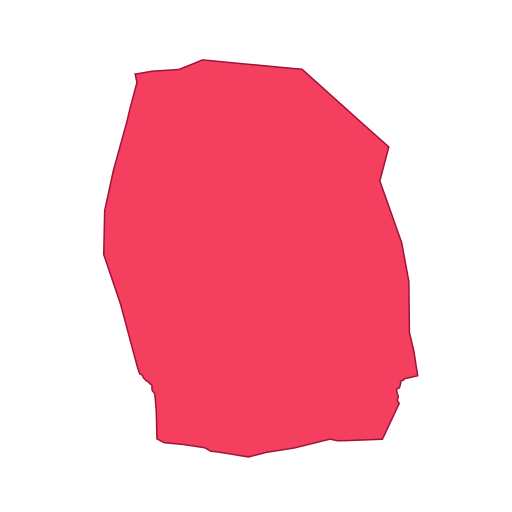 the district of Noyon, Ömnögovi, Mongolia, rotated 170°
{"feature_id": "93677404B12923912473821", "entity_name": "Noyon", "entity_type": "district", "adm_level": 2, "iso_a3": "MNG", "parent_name": "Mongolia", "parent_adm1": "Ömnögovi", "projection": "natural_earth1", "projection_center": [102.365, 42.761], "detail": "fine", "context": "isolated", "style": "filled", "palette": "rose", "viewbox_px": 512, "rotation_deg": 170, "n_neighbors": 0, "source": "geoboundaries", "source_scale": "gbopen_adm2", "svg_char_len": 1936}
<svg xmlns="http://www.w3.org/2000/svg" viewBox="0 0 512 512"><g transform="rotate(170 256 256)"><path d="M385.3,93.1L378.8,88.1L360.4,83.0L339.9,76.1L334.5,71.6L328.1,69.8L298.4,59.4L280.4,60.8L251.7,60.3L214.7,62.8L208.2,60.0L199.2,58.5L163.3,53.6L140.6,85.9L140.6,86.3L141.0,86.9L141.3,87.5L141.5,88.1L141.6,88.6L141.6,89.2L141.6,89.9L141.3,90.7L141.0,91.2L140.6,91.8L140.5,92.1L140.4,92.4L140.3,93.0L140.4,94.0L140.5,94.7L140.7,95.7L140.8,96.7L140.9,98.0L140.8,99.2L140.7,99.9L140.4,100.4L139.9,100.7L139.2,101.0L138.5,101.1L138.1,101.1L137.7,101.2L137.6,101.5L137.0,102.5L136.5,103.6L136.2,104.2L136.0,104.6L135.7,105.0L135.6,105.3L135.7,105.9L135.7,106.3L135.7,106.6L135.6,106.9L135.2,107.1L134.8,107.4L134.5,107.7L134.4,107.9L134.2,108.1L133.9,108.0L133.0,108.0L132.6,108.1L132.2,108.3L131.8,108.6L131.2,109.3L117.5,110.0L117.4,119.1L117.0,134.3L118.2,154.1L109.9,204.1L110.2,243.6L121.0,308.4L106.3,340.3L115.7,352.2L127.9,367.7L135.2,377.0L144.5,388.9L146.9,391.9L155.3,402.6L160.9,409.8L171.1,422.8L178.2,431.9L184.9,433.7L202.2,438.4L202.2,438.5L203.1,438.7L220.8,443.6L236.0,447.7L255.8,453.2L274.6,458.4L289.9,455.1L299.5,453.1L310.0,454.2L325.7,456.0L343.2,456.1L343.4,456.2L343.1,447.6L354.7,422.6L360.2,409.9L381.7,364.8L397.2,326.8L405.7,283.9L397.8,232.4L392.0,166.3L390.9,160.0L390.2,159.6L389.6,159.3L389.1,158.7L388.7,158.2L388.4,157.4L388.2,156.5L388.2,156.1L388.0,155.8L387.9,155.3L387.5,154.9L387.2,154.4L386.8,153.8L386.3,153.0L385.9,152.4L385.5,152.0L385.0,151.6L384.4,151.2L383.9,150.9L383.5,150.5L383.4,150.2L383.2,149.7L383.0,148.9L382.6,148.5L382.0,148.0L381.6,147.8L381.3,147.4L381.1,147.1L381.0,146.6L381.1,146.0L381.1,145.4L381.3,144.7L381.5,143.8L381.5,143.4L381.4,142.9L381.4,142.4L381.6,141.9L381.6,141.6L381.3,141.1L381.0,140.6L380.9,140.3L380.5,139.7L380.2,139.2L379.9,138.6L379.8,138.1L379.8,137.4L379.8,135.7L381.1,121.0L385.3,93.1Z" fill="#f43f5e" stroke="#9f1239" stroke-width="1.5"/></g></svg>